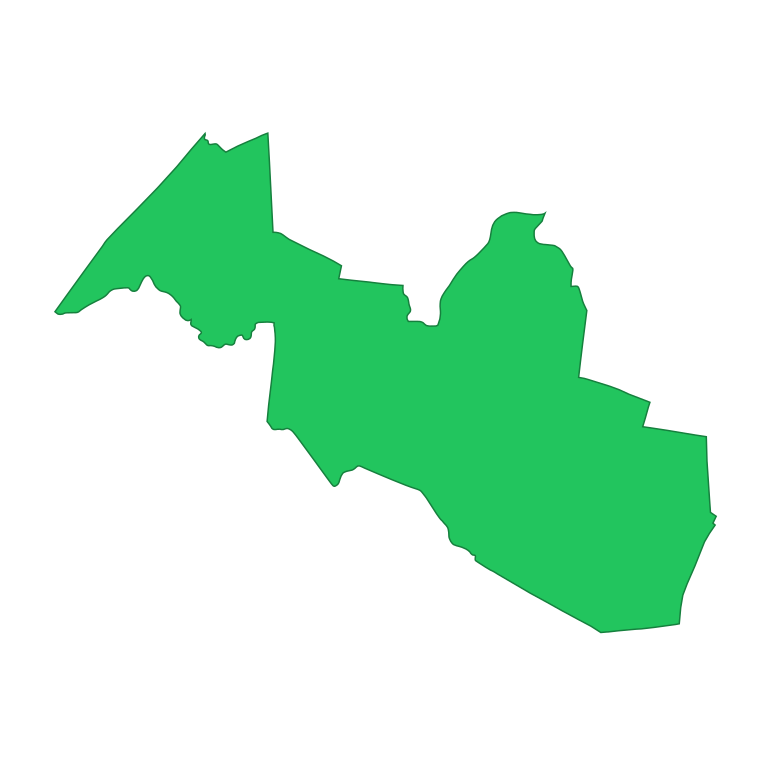 Kien Tuong, Long An, Vietnam, rotated 267°
{"feature_id": "81297802B15581259777878", "entity_name": "Kien Tuong", "entity_type": "district", "adm_level": 2, "iso_a3": "VNM", "parent_name": "Vietnam", "parent_adm1": "Long An", "projection": "mercator", "projection_center": [105.93, 10.802], "detail": "fine", "context": "isolated", "style": "filled", "palette": "green", "viewbox_px": 768, "rotation_deg": 267, "n_neighbors": 0, "source": "geoboundaries", "source_scale": "gbopen_adm2", "svg_char_len": 6154}
<svg xmlns="http://www.w3.org/2000/svg" viewBox="0 0 768 768"><g transform="rotate(267 384 384)"><path d="M643.5,218.4L628.4,203.8L611.7,188.3L591.5,167.9L570.0,144.7L553.1,126.1L542.6,115.0L540.1,112.8L536.4,110.1L511.2,89.6L488.4,71.2L473.4,59.2L471.7,61.1L470.9,62.1L470.6,63.4L470.5,64.3L470.7,66.9L471.2,68.0L471.6,69.3L471.7,71.0L471.4,80.3L471.5,81.3L472.0,82.8L474.1,85.7L476.3,89.5L478.6,93.8L481.9,101.1L483.4,104.7L484.8,107.5L486.0,109.6L487.1,111.1L488.4,112.5L490.3,114.3L490.8,114.9L491.6,116.1L492.6,118.2L493.0,119.8L493.2,122.3L493.6,129.8L493.5,133.4L493.3,133.9L493.0,134.5L492.1,135.1L491.1,136.0L490.4,136.8L489.9,137.8L489.7,139.6L489.9,140.7L490.3,141.9L491.1,142.8L492.5,144.0L498.9,147.4L501.5,149.0L502.7,150.0L503.4,150.7L503.9,151.3L504.5,152.5L504.6,153.4L504.6,154.2L504.4,154.8L503.9,155.6L503.2,156.2L499.6,158.3L495.6,159.8L492.9,161.3L490.1,163.9L489.0,165.3L488.4,166.6L487.2,170.6L486.6,172.1L485.5,174.0L483.5,176.4L481.3,178.4L477.6,180.9L475.6,182.7L473.6,184.2L472.8,184.7L471.8,184.9L470.4,184.7L468.5,184.3L466.2,184.0L465.1,184.0L463.8,184.4L462.5,185.0L460.6,186.5L458.2,189.3L457.9,190.2L457.6,191.2L457.6,192.3L457.8,193.2L458.1,194.1L458.5,194.8L458.3,194.8L457.5,194.8L454.9,194.2L453.9,194.2L453.1,194.5L452.3,195.0L451.8,195.7L450.2,198.4L448.7,201.0L447.2,202.8L446.2,203.8L445.6,204.2L445.0,204.3L444.4,204.1L443.5,203.3L443.0,202.5L442.3,201.9L441.1,201.4L439.9,201.4L438.9,201.7L438.0,202.5L437.2,203.5L436.5,204.8L435.6,206.1L433.3,208.2L432.5,208.8L431.8,209.7L431.5,210.7L431.4,213.3L431.0,215.3L430.3,217.2L429.5,218.6L428.9,220.9L428.9,222.2L429.2,223.4L430.1,224.8L431.0,225.8L431.7,226.9L432.1,227.8L432.1,228.6L431.3,231.3L431.0,232.6L430.9,233.8L431.0,234.6L431.6,235.7L432.5,236.7L433.5,237.0L434.6,237.3L436.5,238.1L437.7,238.8L439.1,240.0L439.6,240.8L440.0,242.0L440.3,243.6L440.3,244.4L440.3,244.6L440.1,244.9L439.4,245.4L438.0,245.9L436.9,246.4L435.8,247.6L435.5,249.2L435.7,250.8L436.5,252.5L437.9,253.5L439.3,253.9L441.6,254.2L442.6,254.4L443.2,254.8L443.6,255.1L444.2,255.9L444.8,256.8L445.7,257.7L447.1,258.2L448.7,258.4L449.8,258.4L450.3,258.5L450.9,259.1L451.5,260.1L452.1,261.7L452.0,270.8L451.6,274.6L450.8,277.5L448.3,277.2L446.1,277.6L443.2,277.7L440.1,277.9L435.6,277.9L431.7,277.7L423.2,276.7L409.8,274.7L403.9,273.6L392.1,271.7L368.9,267.7L352.7,265.3L350.6,266.8L347.8,268.6L345.5,269.8L344.7,270.8L344.3,271.8L344.2,273.5L344.4,275.4L344.3,277.7L343.9,279.2L343.8,280.9L344.6,283.9L344.6,285.5L344.0,287.0L342.7,289.0L341.2,290.5L337.4,293.3L332.6,296.5L313.7,308.9L294.0,321.7L287.3,326.1L285.1,327.8L284.5,328.8L284.5,329.6L284.9,330.6L285.8,332.1L286.8,333.1L288.2,333.9L291.0,334.9L294.3,336.3L296.4,337.7L297.5,338.7L298.1,340.0L298.8,342.2L299.7,347.6L300.4,349.2L301.4,350.7L302.6,352.1L303.3,353.2L303.5,353.8L303.5,355.0L303.3,355.7L302.6,357.3L300.9,360.5L294.8,372.9L288.1,386.8L281.8,400.4L279.4,406.0L277.0,412.2L276.0,414.2L274.9,415.5L273.3,416.7L268.1,420.3L251.8,429.6L247.7,432.2L245.7,433.6L243.9,435.3L242.7,436.1L241.2,437.3L239.7,438.6L238.0,439.7L237.0,440.2L235.2,440.6L232.5,440.9L227.8,440.9L226.1,441.3L223.4,442.4L221.8,443.4L220.5,444.5L219.9,445.3L218.7,448.0L217.7,451.1L216.9,453.3L215.0,457.1L213.7,459.0L211.9,460.9L210.2,461.9L209.0,463.1L208.6,463.7L208.3,465.5L208.0,466.0L207.5,466.2L207.1,466.3L206.3,466.2L205.5,466.0L203.7,465.9L203.1,466.1L202.6,466.5L200.8,468.9L198.3,472.4L195.9,475.7L192.6,480.6L191.7,482.4L190.4,484.5L188.2,487.6L167.6,518.9L157.8,534.8L147.8,550.7L138.3,566.3L131.3,578.0L124.5,587.5L124.7,593.0L124.7,595.0L125.3,604.9L126.0,622.9L126.0,628.1L126.8,641.0L128.6,662.6L129.1,666.3L145.2,668.6L157.6,671.4L168.7,676.3L185.9,684.9L209.6,695.8L217.7,701.1L225.8,707.3L227.8,705.2L234.5,708.8L238.7,703.3L248.5,703.1L290.1,702.5L314.5,703.1L316.8,691.9L322.8,664.7L326.3,647.7L327.8,640.1L336.4,643.2L347.1,646.8L351.8,648.6L361.0,628.0L365.8,618.9L369.9,609.4L377.7,588.4L379.1,584.3L380.4,578.7L397.0,581.5L413.0,584.3L446.8,590.4L448.6,589.6L453.5,587.6L456.3,586.7L465.4,584.7L468.8,583.8L470.4,583.2L471.1,582.6L471.5,582.0L471.7,580.3L471.6,575.9L475.3,576.1L478.8,576.6L482.3,577.4L487.4,578.5L488.4,578.6L489.6,578.5L491.0,577.1L492.3,576.2L502.7,571.1L507.1,568.7L508.8,567.5L510.0,566.4L511.2,564.7L513.2,561.7L513.7,559.6L514.8,552.6L515.0,550.7L516.0,546.6L517.1,544.8L518.7,543.2L520.8,542.2L522.3,541.9L524.7,541.7L528.3,541.9L530.1,542.3L531.6,543.5L538.2,550.3L539.0,550.7L540.0,551.0L541.5,551.6L546.1,553.7L545.9,553.4L545.5,552.5L545.1,550.1L545.0,546.3L545.2,542.0L545.8,538.9L546.4,534.8L547.8,528.4L548.4,525.3L548.6,522.7L548.6,519.2L548.2,517.3L547.6,515.1L545.8,510.3L543.1,506.1L541.7,504.4L540.2,503.0L536.8,500.9L532.8,499.5L525.3,497.9L522.6,497.1L520.5,496.2L518.8,495.1L514.7,491.0L509.2,485.1L507.4,483.0L505.6,480.7L504.7,479.3L503.1,476.3L501.8,474.4L499.9,472.1L497.2,469.3L493.9,466.1L490.0,462.5L485.0,458.7L478.9,454.5L474.2,450.6L471.5,448.6L468.7,446.7L466.0,445.4L463.9,444.7L461.1,444.3L458.6,444.1L453.6,444.2L451.3,444.1L448.7,443.7L446.0,443.2L440.0,440.9L439.6,440.1L439.2,439.1L439.2,438.2L439.4,432.7L439.7,431.1L440.1,429.6L440.7,428.7L441.7,427.6L443.1,426.3L443.9,424.9L444.5,423.2L444.8,420.1L445.2,411.6L447.2,410.6L448.4,410.4L450.3,410.5L451.1,410.8L452.3,411.6L454.3,413.5L455.2,414.1L456.0,414.3L457.3,414.4L458.7,414.1L460.7,413.5L462.5,413.1L465.6,412.8L467.8,412.4L469.3,411.9L470.5,410.9L471.4,409.7L472.2,408.9L472.8,408.4L473.6,408.1L475.0,407.9L478.3,407.8L481.4,408.1L482.6,398.3L483.0,395.5L484.2,388.0L486.0,377.5L486.5,374.9L489.4,356.4L491.5,344.3L504.3,347.7L509.4,339.9L515.1,330.1L522.2,316.6L533.4,296.8L535.6,294.0L538.2,290.9L539.7,288.7L540.5,286.4L541.0,284.3L541.2,282.8L541.3,281.1L611.1,281.2L640.6,281.1L640.1,279.4L638.6,274.9L636.1,268.9L633.1,260.5L629.2,250.3L623.8,238.2L626.1,235.4L627.5,234.0L631.6,230.4L632.1,229.8L632.5,229.0L632.6,228.1L632.6,227.2L632.2,223.4L632.5,222.0L632.9,221.6L633.4,221.2L635.6,221.0L636.2,220.7L636.5,220.4L636.8,219.9L637.1,218.9L637.5,218.0L637.9,217.8L638.4,217.5L639.1,217.5L640.2,217.7L641.8,218.4L642.4,218.5L643.5,218.4Z" fill="#22c55e" stroke="#15803d" stroke-width="1.5"/></g></svg>